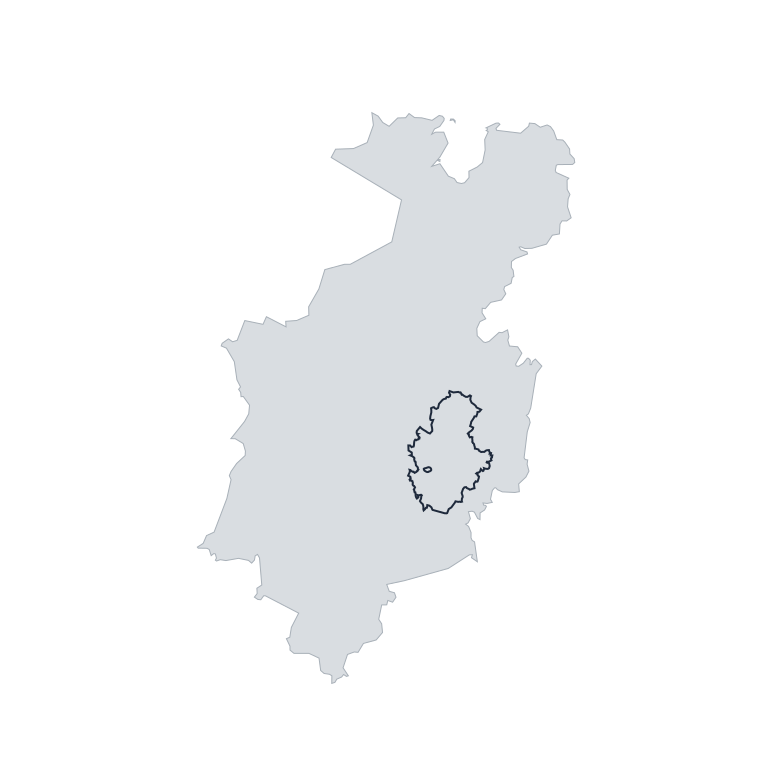 where Aqmola sits in Kazakhstan, rotated 110°
{"feature_id": "KAZ-3202", "entity_name": "Aqmola", "entity_type": "Region", "adm_level": 1, "iso_a3": "KAZ", "parent_name": "Kazakhstan", "parent_adm1": "", "projection": "albers", "projection_center": [70.159, 51.837], "detail": "fine", "context": "in_parent", "style": "outline", "palette": "slate", "viewbox_px": 768, "rotation_deg": 110, "n_neighbors": 0, "source": "natural_earth", "source_scale": "10m", "svg_char_len": 7527}
<svg xmlns="http://www.w3.org/2000/svg" viewBox="0 0 768 768"><g transform="rotate(110 384 384)"><path d="M444.8,514.0L440.9,515.8L438.7,518.8L435.8,517.8L430.4,523.6L414.2,532.3L404.2,544.3L403.9,550.0L401.1,550.0L394.8,545.6L396.1,540.7L393.2,536.9L372.0,536.5L369.3,518.1L361.0,517.5L363.8,495.6L358.7,497.8L354.2,487.8L345.1,478.1L337.2,481.2L317.0,477.7L296.7,478.7L285.0,462.0L283.1,456.7L247.8,425.3L205.0,430.5L189.2,511.1L179.9,509.8L173.2,493.2L162.9,482.4L144.4,482.5L133.2,488.2L134.3,481.1L138.7,474.6L140.1,467.3L129.3,462.1L126.4,454.7L121.3,453.0L123.2,446.4L121.0,439.6L119.8,429.0L112.8,424.0L112.4,420.7L113.8,418.3L115.8,417.8L122.9,419.7L127.1,423.8L133.0,424.6L129.8,421.8L126.9,414.0L135.7,406.2L151.6,409.1L163.2,413.6L157.9,406.8L166.7,394.6L167.0,388.1L169.7,384.3L169.1,379.8L167.3,377.1L161.0,374.7L155.0,377.0L148.2,370.6L142.2,367.1L129.5,369.0L119.8,373.0L111.3,372.3L110.8,374.7L109.8,373.8L108.3,374.5L108.4,375.7L100.6,368.0L99.6,365.7L100.3,363.9L105.5,366.2L107.1,365.0L101.6,341.4L92.3,336.2L89.1,336.6L87.7,331.3L89.3,325.0L84.8,319.3L85.2,315.6L88.2,311.1L95.3,305.2L93.6,299.5L94.9,296.7L99.7,290.0L104.3,288.0L107.2,282.4L110.6,280.5L113.2,281.9L118.4,295.8L119.5,296.9L124.7,296.1L126.4,294.6L127.4,280.7L129.8,281.7L138.5,278.4L142.3,274.1L147.0,274.3L154.8,272.1L163.8,265.0L168.3,268.1L169.8,272.5L173.5,273.3L183.0,270.5L186.6,276.7L197.0,279.2L205.9,291.4L208.5,298.0L208.3,302.5L209.2,303.8L211.1,301.4L211.0,294.8L212.7,293.6L221.1,303.4L225.3,306.1L231.0,304.2L232.9,301.6L238.5,298.7L240.1,299.9L245.9,299.0L251.2,304.0L254.3,303.7L257.6,300.4L264.8,302.3L270.8,311.7L278.6,314.6L279.2,317.6L283.6,316.2L287.9,310.7L292.6,315.2L300.0,315.8L306.8,312.9L310.5,304.9L310.3,302.8L308.0,299.8L296.1,293.5L295.4,290.6L290.9,286.4L296.9,282.8L300.4,282.7L305.4,279.1L303.3,271.1L307.9,265.0L320.3,267.1L321.9,265.9L321.3,263.5L316.8,260.2L310.8,258.2L310.4,257.0L311.6,254.7L315.9,253.4L315.3,252.0L312.2,252.3L308.8,250.3L313.2,241.8L322.3,244.5L356.5,237.9L362.7,238.1L364.7,239.5L366.9,235.7L370.2,233.5L380.0,233.0L405.5,227.1L406.7,225.4L406.2,223.0L410.4,222.1L416.3,218.0L422.9,218.8L431.8,223.3L438.9,220.0L441.2,224.0L444.9,235.9L444.5,241.2L443.3,243.5L443.8,244.6L447.0,245.8L455.9,244.5L458.2,241.8L461.0,246.3L461.9,250.3L463.7,249.0L463.3,246.9L464.1,245.9L468.0,246.4L472.3,249.6L478.6,247.4L478.3,250.0L473.5,255.2L473.4,257.7L475.1,261.0L481.0,256.8L485.8,257.5L487.8,259.4L488.9,255.8L493.8,251.4L498.8,249.6L500.8,247.7L501.4,244.9L519.1,235.5L517.3,242.4L514.2,242.5L515.3,245.3L535.3,260.5L562.0,297.8L571.4,312.9L577.0,308.2L576.6,302.8L580.3,299.8L586.1,301.3L586.1,306.4L590.6,305.9L592.4,310.6L606.9,308.5L610.1,304.2L618.0,300.4L627.2,303.8L634.8,314.6L645.0,316.6L646.0,320.3L650.6,325.8L664.7,325.4L670.4,317.7L671.6,319.3L670.8,322.6L673.8,323.6L677.5,327.4L681.2,328.1L683.2,330.7L676.0,333.2L675.4,335.9L676.5,341.3L674.9,345.5L663.8,351.3L662.8,362.4L667.9,376.5L666.2,381.3L662.5,382.7L656.7,388.6L654.2,385.9L644.4,387.8L628.5,385.8L623.6,423.0L624.1,424.6L628.9,426.0L629.6,428.9L628.6,432.9L624.3,431.5L619.4,433.6L614.7,430.1L590.0,441.5L587.4,444.6L589.6,446.3L593.7,445.5L597.6,447.1L596.1,451.0L597.6,461.1L604.0,472.2L605.1,477.8L607.6,480.8L607.2,482.2L604.9,481.9L601.4,484.3L601.5,485.9L604.4,487.7L599.3,491.6L598.9,494.1L601.8,502.5L601.1,503.6L595.6,499.4L587.1,498.9L581.3,493.0L545.3,492.5L526.2,495.0L523.0,498.0L518.5,497.8L509.1,495.3L498.7,490.0L494.4,491.3L488.1,495.9L486.3,505.1L487.7,509.2L466.9,502.2L458.3,500.9L449.9,503.1L443.9,511.9L444.8,514.0ZM113.7,411.9L112.2,412.0L111.3,409.3L112.4,407.1L113.9,406.7L112.0,409.2L113.7,411.9ZM155.6,410.0L154.4,409.3L153.9,408.1L155.8,407.6L155.6,410.0Z" fill="#d9dde1" stroke="#a8b0b8" stroke-width="1"/><path d="M366.6,298.2L369.3,297.5L371.6,295.3L372.4,292.3L373.2,290.3L374.4,289.0L374.9,284.0L377.4,284.9L378.3,286.6L379.7,286.2L382.9,286.2L383.5,287.9L385.2,288.0L389.8,289.1L391.2,288.8L394.1,288.7L394.4,285.3L395.8,285.1L397.6,285.7L400.7,287.8L402.0,288.3L402.3,287.6L402.3,287.0L403.4,286.7L404.8,285.1L403.8,283.8L403.8,282.7L404.7,282.6L407.5,281.3L408.2,281.3L408.6,280.6L409.1,280.2L409.2,279.6L409.8,278.7L411.0,278.1L412.0,277.2L413.6,276.5L413.5,276.2L413.2,272.8L414.2,271.9L414.7,269.4L414.0,268.1L413.4,266.4L412.0,265.7L411.1,264.7L410.2,262.8L411.2,262.2L411.5,261.8L412.0,261.2L412.9,261.0L412.5,260.7L412.3,259.8L413.8,259.6L414.6,259.4L414.4,259.0L414.1,257.8L414.7,257.8L415.1,257.6L416.0,257.4L416.4,257.5L416.5,257.9L417.6,258.0L418.4,257.5L419.0,256.9L420.3,258.1L420.8,258.7L421.3,259.0L421.8,260.7L422.6,260.7L422.7,259.9L422.0,259.2L422.2,258.7L422.7,258.0L424.9,256.6L427.2,256.5L428.0,257.1L428.4,257.7L428.9,259.6L428.9,261.1L429.4,260.7L430.1,260.9L431.5,260.9L432.0,261.3L431.8,262.1L431.3,262.9L430.8,263.9L431.7,263.9L433.4,263.8L434.8,264.8L435.6,266.2L436.6,266.7L436.9,265.1L437.9,264.7L438.4,263.1L440.2,262.8L443.6,262.7L444.0,263.1L444.1,263.3L444.1,264.6L445.8,265.0L446.3,265.3L447.0,265.4L447.7,265.1L451.0,263.3L452.0,264.9L453.4,266.4L454.0,267.4L453.6,268.2L453.5,270.4L452.8,271.6L453.6,273.1L455.5,273.8L459.8,273.8L462.5,271.7L463.6,271.4L465.0,271.6L466.7,271.1L467.4,271.0L467.9,270.5L468.6,271.5L468.7,272.7L469.4,274.0L469.8,276.7L471.1,276.8L476.9,278.5L479.4,280.4L483.7,280.5L484.1,280.9L484.7,282.7L485.7,295.3L485.0,296.1L483.7,297.2L482.8,299.7L483.0,301.9L484.7,301.5L485.6,301.4L486.0,302.3L487.7,302.7L489.2,303.5L488.1,304.3L486.8,304.6L484.8,305.6L483.5,306.7L483.2,307.8L482.6,309.0L481.7,310.2L479.0,310.0L476.5,310.6L475.7,310.4L475.4,311.2L475.7,311.8L476.5,312.9L476.9,313.8L476.9,314.3L477.6,313.9L478.4,313.0L479.7,313.4L480.4,313.9L479.7,314.9L478.3,316.0L475.9,317.0L475.1,317.5L475.3,318.2L474.1,319.0L473.3,319.3L473.0,319.9L470.5,319.5L469.5,320.9L469.5,321.6L468.9,322.6L467.7,323.0L467.1,323.0L466.5,323.5L465.6,324.0L465.5,324.6L465.6,324.9L465.2,325.3L465.3,326.2L465.8,326.5L465.1,327.3L463.3,326.7L462.8,327.4L462.1,327.6L461.9,330.0L458.1,329.7L456.5,330.1L455.9,330.6L455.8,329.7L456.3,329.0L456.5,328.0L456.7,326.4L456.3,326.1L457.0,324.8L455.4,323.4L454.7,323.4L454.3,322.8L453.5,322.9L453.1,322.5L452.6,322.4L452.4,323.0L450.8,323.7L449.5,326.2L448.7,326.5L448.1,327.0L446.6,327.5L446.2,327.9L446.3,328.6L445.7,329.1L444.2,330.0L443.4,330.0L442.9,330.4L442.2,332.7L442.1,334.9L441.6,334.3L440.8,333.7L438.9,334.5L438.1,338.2L433.4,340.1L432.8,338.4L433.9,336.5L433.1,335.7L432.7,334.8L431.8,334.8L428.1,335.8L426.7,335.9L425.6,335.6L425.7,334.3L425.2,334.1L424.2,332.7L423.2,332.9L423.0,332.1L422.0,332.3L421.3,333.8L420.4,335.2L419.7,335.2L419.2,334.8L419.4,336.1L418.6,336.7L416.9,337.1L412.1,335.4L413.0,333.4L413.7,330.7L414.0,328.8L414.3,327.8L414.7,326.4L414.8,323.9L411.7,322.6L410.2,323.1L408.7,323.9L406.0,325.6L401.0,325.5L401.5,326.4L401.8,328.0L400.8,328.8L398.4,329.4L394.6,329.8L392.6,330.5L390.7,331.5L389.4,330.3L388.7,329.2L389.4,328.1L389.5,326.3L388.0,325.0L383.8,325.5L378.8,323.5L377.5,322.4L376.6,320.9L375.2,320.9L374.6,320.4L374.4,319.0L373.1,317.9L371.4,318.1L370.0,319.9L368.2,320.0L368.2,315.9L366.0,311.4L366.2,310.0L365.7,309.2L366.4,308.3L367.1,307.8L367.5,307.3L367.1,306.8L367.4,305.9L367.7,305.1L368.1,302.7L367.5,301.1L365.3,299.4L365.6,298.1L366.6,298.2ZM450.1,317.6L450.9,317.2L451.6,316.2L451.9,314.9L452.0,313.4L451.6,312.4L451.1,312.1L450.5,311.2L449.3,310.3L448.7,310.2L447.8,310.6L447.3,311.1L446.9,311.8L446.8,312.7L446.9,313.6L447.5,314.5L448.2,315.3L448.9,316.2L449.5,317.2L450.1,317.6Z" fill="none" stroke="#1e293b" stroke-width="2"/></g></svg>